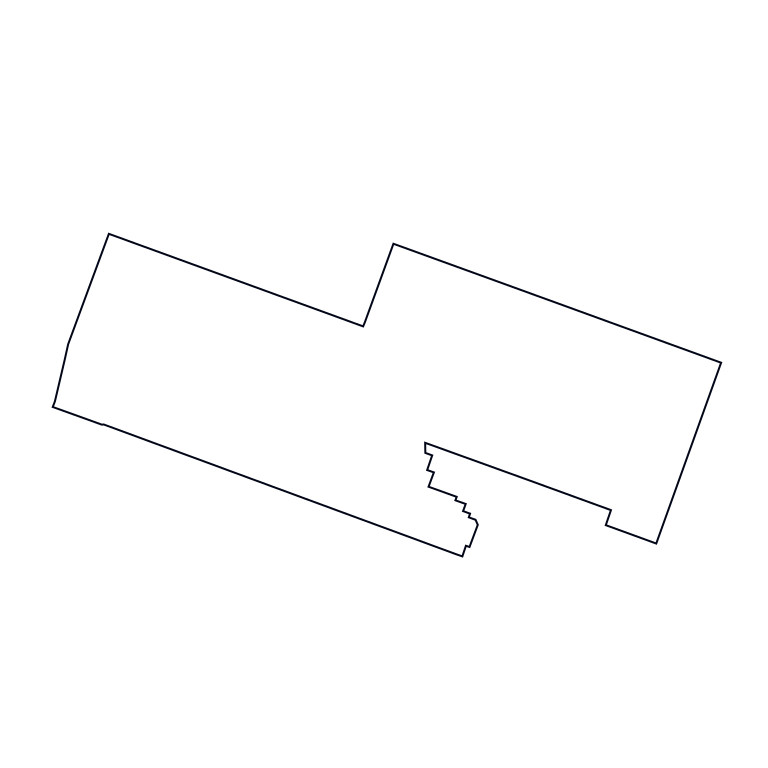 Montrose, Colorado, United States of America (Equal Earth projection), rotated 20°
{"feature_id": "52423323B36547331461438", "entity_name": "Montrose", "entity_type": "district", "adm_level": 2, "iso_a3": "USA", "parent_name": "United States of America", "parent_adm1": "Colorado", "projection": "equal_earth", "projection_center": [-108.218, 38.41], "detail": "fine", "context": "isolated", "style": "outline", "palette": "ink", "viewbox_px": 768, "rotation_deg": 20, "n_neighbors": 0, "source": "geoboundaries", "source_scale": "gbopen_adm2", "svg_char_len": 579}
<svg xmlns="http://www.w3.org/2000/svg" viewBox="0 0 768 768"><g transform="rotate(20 384 384)"><path d="M80.6,518.9L132.8,518.7L134.4,517.9L509.1,519.3L516.6,519.2L516.3,508.0L520.1,507.9L520.3,484.3L516.5,480.3L509.3,480.3L509.2,476.4L501.8,476.4L501.8,468.8L490.9,468.9L490.9,465.2L461.0,465.3L461.1,450.0L454.0,450.1L453.7,434.6L446.4,434.6L442.8,425.2L548.5,424.9L640.4,424.9L640.7,440.8L694.4,440.8L693.5,248.7L495.7,248.8L344.9,249.0L344.9,332.6L344.7,337.0L74.1,337.0L73.6,454.6L75.7,470.7L80.7,512.8L80.6,518.9Z" fill="none" stroke="#020617" stroke-width="2"/></g></svg>